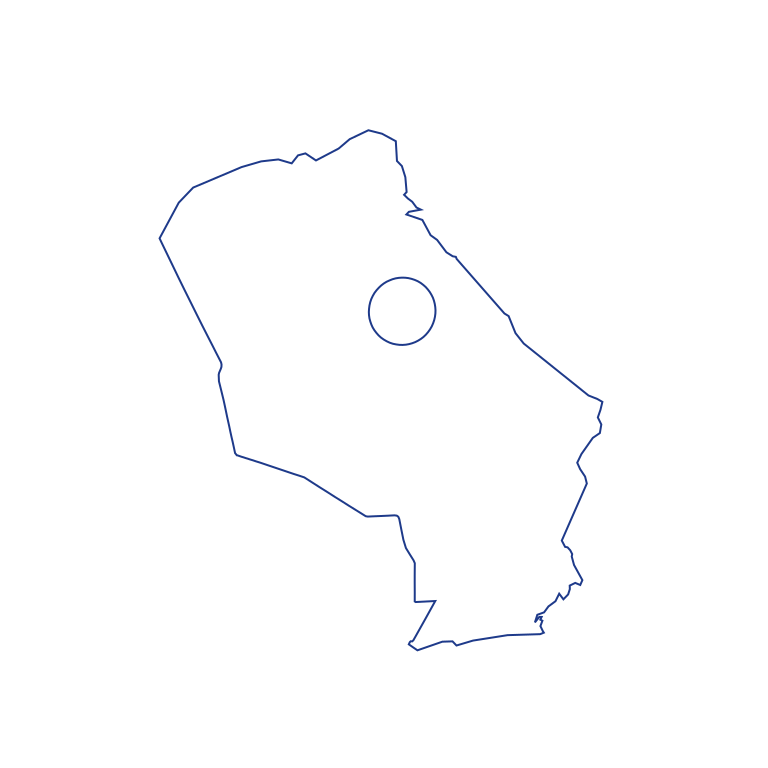 map outline of Qyzylorda (Albers equal-area conic projection), rotated 27°
{"feature_id": "KAZ-3197", "entity_name": "Qyzylorda", "entity_type": "Region", "adm_level": 1, "iso_a3": "KAZ", "parent_name": "Kazakhstan", "parent_adm1": "", "projection": "albers", "projection_center": [63.953, 45.065], "detail": "fine", "context": "isolated", "style": "outline", "palette": "blue", "viewbox_px": 768, "rotation_deg": 27, "n_neighbors": 0, "source": "natural_earth", "source_scale": "10m", "svg_char_len": 3178}
<svg xmlns="http://www.w3.org/2000/svg" viewBox="0 0 768 768"><g transform="rotate(27 384 384)"><path d="M285.1,514.3L283.9,513.7L282.7,513.2L278.4,507.9L275.2,504.0L271.9,500.1L268.7,496.2L265.5,492.2L262.2,488.2L258.9,484.2L255.7,480.2L252.4,476.1L248.4,471.2L245.3,467.6L242.2,464.0L235.7,456.5L232.5,450.8L232.0,448.9L231.7,444.6L231.4,442.6L230.4,440.4L229.0,438.7L225.4,436.1L220.4,432.5L213.7,427.6L205.4,421.6L195.9,414.7L185.6,407.1L174.7,399.0L163.5,390.7L152.3,382.3L141.4,374.0L131.0,366.1L121.5,358.9L117.9,356.1L118.8,315.6L124.8,295.6L158.6,255.4L173.5,241.4L187.9,231.9L201.6,229.3L203.6,219.3L209.3,214.2L221.9,215.7L236.7,194.8L242.3,181.4L254.9,165.0L268.6,161.9L284.3,162.3L294.3,179.4L301.0,181.7L309.1,190.0L317.0,202.7L316.0,206.3L321.2,207.9L326.4,208.8L332.8,212.0L337.7,211.9L328.0,219.3L327.0,222.8L343.7,220.4L358.0,230.3L365.9,231.5L379.8,238.3L387.2,239.0L390.3,238.1L392.0,239.6L459.3,266.5L464.2,266.9L478.1,279.0L490.1,284.5L571.4,301.4L580.9,300.5L586.7,300.8L588.6,308.8L589.7,316.7L596.0,321.4L598.6,329.7L594.5,337.2L591.7,356.8L591.9,366.4L597.4,370.8L605.2,375.2L609.9,380.6L613.5,442.8L619.3,446.9L621.7,446.2L625.4,447.6L628.9,450.1L629.6,452.5L635.5,459.0L649.8,468.7L650.1,474.0L644.7,474.4L641.0,479.3L642.7,482.4L643.6,487.9L641.6,494.4L635.3,491.3L635.4,499.7L631.5,507.5L630.3,514.8L625.4,520.0L626.7,527.9L628.1,521.0L630.2,520.0L630.3,523.0L632.6,523.0L633.3,528.7L637.6,532.0L639.3,533.0L636.7,536.0L608.1,551.7L579.8,572.2L567.3,584.1L561.9,582.2L553.0,587.1L534.7,606.1L530.0,605.5L524.3,604.7L524.2,602.3L524.4,601.7L524.6,601.1L525.3,600.8L526.0,600.5L526.2,599.8L526.5,599.1L526.6,596.9L526.7,594.8L527.5,574.4L528.2,554.1L519.7,559.0L511.2,563.9L510.7,563.8L510.1,563.8L506.1,555.9L501.4,546.8L498.0,540.1L492.8,529.7L491.6,528.7L490.4,527.7L484.2,524.0L478.0,520.2L475.0,517.1L472.0,514.0L465.5,505.8L459.0,497.5L458.0,496.6L457.0,495.8L456.0,495.6L455.1,495.5L454.0,495.9L452.9,496.3L447.2,499.6L441.4,502.9L435.7,506.1L429.7,509.5L428.7,509.8L427.7,510.1L424.4,509.8L416.2,509.1L408.0,508.4L399.7,507.6L391.5,506.9L382.5,506.0L373.5,505.2L364.4,504.3L355.4,503.4L350.0,504.2L344.6,505.1L339.2,505.9L333.7,506.7L328.3,507.5L322.9,508.3L317.5,509.1L312.0,509.9L308.7,510.4L305.3,511.0L301.9,511.5L298.6,512.1L296.5,512.4L294.4,512.8L292.3,513.1L290.2,513.5L285.2,514.2L285.1,514.3ZM367.0,344.7L370.4,344.6L373.7,344.1L376.9,343.2L380.0,342.1L382.9,340.7L385.7,339.0L388.2,337.1L390.6,334.9L392.8,332.5L394.7,329.9L396.4,327.1L397.8,324.2L398.9,321.1L399.7,317.8L400.2,314.5L400.4,311.0L400.2,307.6L399.7,304.2L398.9,301.0L397.8,297.9L396.4,294.9L394.7,292.1L392.8,289.5L390.7,287.1L388.4,284.9L385.8,283.0L383.1,281.3L380.2,279.9L377.2,278.7L374.1,277.9L370.8,277.3L367.4,277.1L364.1,277.3L360.8,277.8L357.6,278.6L354.6,279.7L351.7,281.1L349.0,282.7L346.4,284.6L344.0,286.8L341.9,289.2L339.9,291.7L338.2,294.5L336.8,297.4L335.7,300.5L334.8,303.8L334.2,307.1L334.0,310.6L334.1,314.0L334.6,317.4L335.4,320.6L336.5,323.7L337.8,326.7L339.4,329.5L341.3,332.2L343.5,334.6L345.8,336.8L348.3,338.8L351.1,340.5L354.0,341.9L357.0,343.1L360.2,344.0L363.5,344.5L367.0,344.7Z" fill="none" stroke="#1e3a8a" stroke-width="2"/></g></svg>